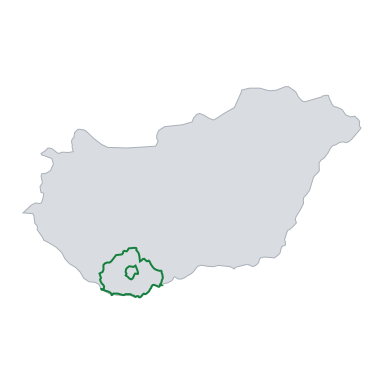 where Baranya sits in Hungary
{"feature_id": "HUN-3155", "entity_name": "Baranya", "entity_type": "County", "adm_level": 1, "iso_a3": "HUN", "parent_name": "Hungary", "parent_adm1": "", "projection": "albers", "projection_center": [18.29, 46.076], "detail": "fine", "context": "in_parent", "style": "outline", "palette": "green", "viewbox_px": 384, "rotation_deg": 0, "n_neighbors": 0, "source": "natural_earth", "source_scale": "10m", "svg_char_len": 4262}
<svg xmlns="http://www.w3.org/2000/svg" viewBox="0 0 384 384"><path d="M322.5,96.0L327.1,95.2L327.3,95.3L328.5,95.6L329.4,99.0L329.6,99.2L330.8,101.4L332.0,104.3L333.8,106.5L337.4,107.3L342.3,109.8L345.7,114.9L350.4,116.8L350.8,116.9L351.7,116.6L355.0,116.2L355.7,117.2L358.5,119.6L359.7,121.8L359.3,124.3L359.9,127.0L361.0,127.9L359.8,129.7L351.7,139.3L348.4,141.9L346.2,142.6L342.6,141.8L339.0,142.7L335.8,144.8L332.8,145.6L330.6,148.0L327.9,153.1L324.5,157.5L320.9,160.3L319.1,162.7L319.3,170.8L317.3,173.2L314.7,175.7L313.3,177.8L309.6,190.3L306.6,194.4L303.7,197.5L303.3,200.3L303.5,203.5L300.3,209.9L296.1,216.6L295.3,219.3L296.4,222.9L292.2,227.3L289.8,229.4L287.8,230.4L286.6,233.1L284.6,239.5L285.3,242.3L285.5,244.9L281.8,246.6L280.8,249.5L280.0,253.1L278.5,254.8L274.5,257.9L264.1,257.0L260.2,258.1L259.1,260.2L258.9,261.9L257.7,263.6L255.3,265.7L252.9,266.6L247.5,264.3L235.9,267.1L234.0,269.0L232.3,267.7L229.8,266.6L218.1,265.4L213.6,266.7L207.4,266.3L201.7,265.2L197.5,266.3L193.8,271.3L192.0,273.1L190.5,274.2L187.4,275.8L184.7,277.7L181.1,279.1L178.0,279.0L174.9,276.8L173.8,277.3L172.9,279.3L171.3,281.0L166.8,283.2L165.6,283.1L165.4,283.2L161.9,284.7L156.2,285.6L153.3,285.0L148.1,292.0L146.6,293.3L141.6,295.4L137.5,296.5L134.0,295.6L132.7,295.6L117.2,295.2L109.1,293.6L104.0,290.9L100.6,287.8L98.9,284.4L94.9,282.4L88.6,281.6L83.7,278.2L80.3,272.2L75.6,267.4L69.7,263.9L65.0,258.9L61.7,252.5L55.5,246.7L46.5,241.5L43.8,240.3L43.3,238.6L39.0,232.3L37.2,229.9L37.4,226.8L36.6,225.0L35.0,223.7L34.3,219.2L33.9,215.8L32.7,213.6L23.0,212.9L31.3,205.1L35.4,203.0L40.0,203.5L41.5,202.8L41.9,201.6L42.8,199.0L43.2,196.6L43.7,194.3L43.2,193.0L41.0,192.5L40.0,186.7L41.2,184.6L42.4,183.1L41.1,176.1L41.6,173.8L45.2,173.5L48.2,172.1L50.7,170.4L51.4,168.3L53.5,164.0L51.8,158.5L41.5,154.8L41.0,153.5L43.5,152.0L46.1,149.9L47.6,148.2L49.6,148.0L52.4,148.9L57.3,152.9L59.2,153.5L61.0,152.4L63.0,152.2L68.5,152.5L73.2,151.6L72.2,147.5L72.2,144.5L71.5,142.0L72.0,139.4L73.9,137.4L74.6,132.7L77.5,129.7L78.9,129.2L83.9,129.9L85.1,130.7L85.9,130.9L93.9,138.6L101.5,144.4L107.8,147.4L117.0,147.7L126.8,148.0L143.3,147.0L155.6,146.2L156.4,144.7L158.2,141.3L156.7,138.4L156.8,134.9L158.8,130.4L164.8,126.6L182.2,124.8L192.1,121.9L193.5,118.1L196.8,114.3L199.8,113.5L203.9,115.1L209.0,118.3L213.4,120.0L215.9,118.8L224.6,113.1L234.5,107.4L241.1,92.5L241.7,90.1L249.2,88.2L260.1,88.2L265.8,89.9L270.0,90.8L276.3,90.2L285.3,86.7L288.7,86.7L291.4,88.8L294.3,90.6L296.4,92.9L298.0,96.2L298.8,97.4L300.2,99.0L302.6,101.3L304.8,101.8L321.5,97.0L322.5,96.0Z" fill="#d9dde1" stroke="#a8b0b8" stroke-width="1"/><path d="M111.7,295.0L111.7,294.7L110.7,293.0L109.2,291.9L103.0,289.9L101.8,289.8L101.4,289.5L101.3,289.0L102.7,289.1L103.9,288.5L104.1,286.4L103.3,284.9L101.8,283.5L100.7,281.7L100.1,279.5L101.0,278.0L99.5,273.5L102.6,271.9L103.5,269.6L103.4,265.1L104.9,263.4L107.2,262.5L109.7,262.5L111.3,261.3L116.1,255.1L121.9,254.4L122.9,253.3L123.2,251.6L124.2,250.8L125.5,251.2L126.8,251.3L127.8,250.0L128.7,248.4L134.7,247.8L136.2,248.1L136.5,249.0L136.3,250.2L138.3,252.5L139.2,255.1L140.0,261.4L142.0,260.0L142.9,259.0L144.2,258.8L146.7,261.2L147.7,261.2L148.7,260.6L149.6,261.5L150.9,264.3L152.5,266.7L154.1,268.6L156.7,270.0L159.4,270.8L160.3,270.7L161.3,270.8L161.6,271.6L161.6,272.7L162.4,274.4L162.5,276.2L162.9,277.3L162.5,278.9L161.8,280.3L161.4,282.6L160.3,284.1L161.4,285.1L161.1,285.1L160.5,284.5L160.0,285.3L159.7,286.0L159.5,286.5L159.0,286.8L158.3,286.7L156.3,285.7L153.8,284.8L152.8,285.0L151.6,286.2L151.5,286.5L151.3,287.4L151.2,287.9L150.3,288.8L149.2,291.0L148.6,291.7L146.4,293.7L145.0,294.2L143.9,293.6L143.0,294.2L141.3,296.4L140.3,297.2L139.9,297.3L139.6,297.3L139.2,297.3L138.9,297.2L138.0,296.1L137.2,296.1L136.3,296.6L135.4,296.9L134.5,296.6L133.7,295.6L132.5,295.6L130.9,294.4L129.9,294.1L125.7,294.1L125.3,294.2L124.4,294.9L123.8,295.1L123.2,295.1L117.8,293.6L114.2,293.5L113.4,293.5L112.9,293.8L112.7,294.4L112.4,294.9L111.7,295.0ZM137.7,274.0L138.1,273.2L137.4,270.3L135.5,265.6L133.4,267.0L131.4,266.5L129.2,266.3L127.2,267.8L126.1,269.1L125.6,272.0L126.5,273.6L125.7,275.4L127.4,276.5L129.4,278.5L131.2,279.4L132.6,278.5L133.5,276.9L134.1,275.2L135.1,273.6L136.0,273.6L137.7,274.0Z" fill="none" stroke="#15803d" stroke-width="2"/></svg>